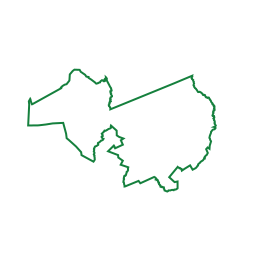 the district of Laikipia North, Rift Valley, Kenya, rotated 331°
{"feature_id": "3690345B24506089948123", "entity_name": "Laikipia North", "entity_type": "district", "adm_level": 2, "iso_a3": "KEN", "parent_name": "Kenya", "parent_adm1": "Rift Valley", "projection": "albers", "projection_center": [36.962, 0.429], "detail": "fine", "context": "isolated", "style": "outline", "palette": "green", "viewbox_px": 256, "rotation_deg": 331, "n_neighbors": 0, "source": "geoboundaries", "source_scale": "gbopen_adm2", "svg_char_len": 5809}
<svg xmlns="http://www.w3.org/2000/svg" viewBox="0 0 256 256"><g transform="rotate(331 128 128)"><path d="M210.3,155.3L210.2,155.2L210.3,155.1L210.6,154.8L211.0,154.7L211.2,154.4L211.4,154.6L211.8,154.6L212.3,154.4L212.6,153.8L212.8,153.6L212.5,153.3L212.7,152.5L213.7,151.8L213.8,151.6L214.0,151.2L213.6,151.0L213.5,150.7L213.6,150.4L214.1,150.1L214.1,149.9L213.7,149.1L213.9,148.8L213.8,148.1L213.4,148.0L213.4,147.7L213.8,147.2L213.4,145.6L213.7,144.0L213.4,143.5L213.6,142.6L213.3,142.0L213.5,140.7L213.1,140.3L212.5,140.2L212.1,140.2L211.8,139.3L211.4,139.3L211.2,139.1L211.0,138.2L211.1,137.1L211.3,136.7L211.2,136.4L210.8,136.0L210.2,135.9L209.7,135.6L209.6,135.2L209.8,134.7L209.5,133.9L209.5,133.4L209.2,132.9L209.1,132.4L208.4,131.3L208.3,131.1L207.9,131.1L206.8,130.6L206.7,130.4L206.6,127.8L206.4,127.3L206.5,126.7L205.9,125.4L206.0,125.0L205.8,124.1L206.0,123.7L206.1,123.3L206.2,123.2L206.0,122.8L206.0,122.4L206.8,121.5L207.4,121.1L207.5,120.1L207.6,119.7L207.9,119.5L207.8,119.2L207.9,118.7L207.9,118.2L208.3,117.6L208.0,117.2L208.0,116.8L207.7,116.3L208.0,115.7L207.8,115.2L208.7,114.3L209.2,114.2L209.3,114.0L209.2,113.6L209.4,113.4L190.2,111.3L121.6,103.1L122.3,102.0L122.2,101.2L122.4,100.4L122.0,99.6L122.3,98.6L123.0,98.4L123.6,97.2L124.3,97.2L124.4,96.7L124.8,96.4L124.9,96.0L125.1,95.8L125.3,95.9L125.7,96.4L125.9,96.4L126.3,94.1L126.9,94.2L127.0,93.5L127.5,92.8L128.9,92.7L129.3,92.6L129.6,92.0L129.4,90.3L129.5,89.7L130.1,89.4L129.9,88.3L130.2,87.9L130.3,87.3L130.4,87.2L131.4,87.5L131.8,87.4L132.1,86.4L132.1,85.6L132.5,85.1L132.3,83.0L132.4,81.7L132.5,76.4L132.7,75.4L133.2,75.0L133.4,74.7L133.4,73.3L133.3,73.0L133.2,73.3L132.9,73.6L132.1,73.7L131.5,73.9L130.9,75.3L130.6,75.7L129.9,75.6L129.4,75.3L129.4,74.3L129.2,74.2L128.7,74.1L128.4,73.6L126.7,73.8L125.9,74.2L125.7,74.5L123.9,74.1L123.6,74.3L121.9,73.9L121.5,73.4L121.3,72.3L119.3,67.8L117.9,65.2L117.8,64.8L118.2,64.2L116.5,62.9L116.3,60.7L113.9,55.9L113.9,53.7L109.4,51.0L107.3,51.3L103.1,52.9L99.9,57.9L99.3,58.3L95.5,59.9L93.6,59.4L91.3,59.5L89.8,59.8L89.6,60.2L88.9,60.2L88.8,60.8L55.8,60.8L55.5,60.7L55.7,59.6L55.6,59.1L55.8,58.6L56.0,57.3L56.4,56.3L56.4,56.0L56.6,55.5L56.6,55.1L54.2,56.6L53.0,59.5L41.9,77.4L51.0,82.3L57.8,85.1L64.4,87.5L73.8,92.1L71.1,103.0L69.4,107.2L70.4,109.7L73.6,119.0L75.3,126.4L74.2,129.2L81.5,140.7L83.1,139.9L83.7,139.4L84.0,138.8L84.2,138.0L84.7,137.4L84.8,136.4L85.0,136.1L85.4,135.8L85.4,135.3L85.2,134.8L85.3,134.4L86.3,133.9L86.7,133.3L86.8,132.9L86.6,132.1L86.9,131.7L87.5,131.2L88.0,130.4L87.9,130.0L88.4,129.3L89.2,129.1L89.8,128.4L90.3,128.2L91.9,128.5L92.8,128.3L93.8,128.3L93.9,128.2L94.1,127.7L94.3,126.7L94.6,126.5L95.5,126.6L96.6,126.5L98.3,126.0L98.7,126.2L100.3,126.2L100.8,125.7L101.2,125.7L101.3,125.6L100.7,125.2L100.6,123.8L100.5,123.1L100.7,122.8L102.1,122.7L102.1,122.0L102.5,121.6L102.5,120.9L102.3,120.7L102.3,120.3L102.8,120.2L103.5,119.9L104.6,119.8L105.0,119.4L105.7,119.4L105.9,119.1L106.2,118.9L106.6,119.3L107.2,119.6L108.6,119.5L108.9,119.6L110.3,119.4L112.0,119.7L112.6,119.7L113.3,119.5L113.8,119.0L113.7,118.2L114.3,117.6L116.8,124.8L114.6,129.0L115.9,131.5L118.9,135.0L115.8,135.3L115.4,140.1L106.9,139.5L106.9,139.1L106.8,138.7L106.9,138.2L107.1,138.1L107.2,137.8L107.1,136.5L99.3,138.7L106.2,146.9L105.2,149.1L107.6,154.1L103.8,156.6L109.2,162.5L108.9,162.9L108.5,163.0L108.3,163.5L108.1,163.7L107.7,164.8L107.3,165.1L106.2,165.8L105.6,165.7L105.5,165.8L104.7,166.8L104.0,167.4L103.8,167.8L103.3,168.2L102.6,168.5L102.3,168.1L101.7,168.1L101.4,168.2L100.4,169.4L100.0,169.8L100.0,170.2L99.7,170.4L99.6,171.0L99.3,171.1L98.8,171.6L98.5,172.3L98.2,172.4L97.7,173.1L97.9,173.8L97.8,174.3L97.4,175.1L97.2,176.3L96.6,177.5L97.2,177.7L111.6,179.4L112.0,182.3L127.1,183.5L127.2,183.9L127.8,184.4L128.1,185.6L128.1,186.2L127.7,186.4L127.9,186.5L127.8,186.9L128.3,186.8L128.4,187.1L128.5,187.3L128.2,187.4L128.2,187.6L128.5,188.0L128.6,188.4L128.4,188.8L128.4,189.1L128.5,189.2L128.3,189.7L128.4,190.3L128.7,190.7L128.4,191.1L128.2,191.1L128.3,191.5L128.2,191.9L127.9,192.3L128.4,193.5L128.1,193.9L128.3,194.3L128.1,194.9L128.4,195.2L128.5,195.4L128.3,195.5L128.8,196.0L129.0,195.9L129.1,196.2L129.7,196.3L129.9,196.8L130.2,197.0L130.3,197.4L130.5,197.5L130.0,198.2L129.9,198.5L130.1,198.8L130.0,199.5L129.7,200.4L130.4,201.1L130.8,201.8L131.6,202.6L132.5,202.6L132.9,202.3L133.4,202.3L134.6,203.1L135.4,203.2L136.6,203.5L137.3,204.0L137.5,204.4L137.9,204.6L138.1,204.5L138.4,204.3L138.9,204.4L139.5,204.8L140.3,205.0L140.9,204.9L141.9,204.9L142.1,204.8L142.4,204.3L145.4,198.8L142.5,197.9L140.2,191.0L152.4,186.2L152.4,186.4L152.6,186.4L153.0,186.9L153.0,187.2L153.5,187.7L153.5,188.1L154.0,188.2L154.2,188.4L154.2,189.0L154.5,189.2L154.5,189.4L155.0,189.8L154.8,190.8L154.5,191.0L154.4,191.4L157.9,191.1L164.2,190.8L164.3,195.8L167.8,195.9L169.6,195.3L170.1,194.9L171.1,194.8L171.6,193.9L171.9,193.7L174.4,193.2L174.8,192.9L175.1,192.8L177.8,192.6L179.0,192.1L179.9,191.4L180.1,191.4L180.4,191.8L180.5,191.7L180.4,190.9L180.5,190.8L180.9,190.6L181.4,190.6L181.5,190.3L182.8,189.8L183.7,189.8L185.7,188.5L186.1,184.4L187.0,184.1L188.2,183.6L188.4,183.9L189.2,185.7L190.9,183.1L194.2,179.9L194.1,178.3L194.5,177.1L194.4,176.1L195.9,174.4L198.3,172.4L198.9,171.5L199.4,171.4L201.0,170.7L202.0,170.7L203.1,171.1L203.4,171.0L203.7,170.7L204.4,170.6L204.6,170.2L204.3,169.9L204.5,169.6L204.3,169.2L203.8,168.8L204.8,168.9L205.9,168.5L205.9,167.9L206.0,167.6L205.8,166.5L205.9,166.0L206.4,165.7L206.4,165.1L206.9,164.6L207.1,164.1L207.2,163.5L207.0,163.0L207.3,162.7L207.5,162.1L207.3,161.2L208.1,160.9L208.5,160.8L208.6,160.6L208.4,160.4L208.4,160.0L208.6,159.7L208.9,159.6L209.0,159.2L208.5,159.0L208.3,158.9L208.3,158.7L207.9,158.5L207.9,158.1L208.5,157.8L208.5,157.6L208.8,157.1L210.1,156.3L210.3,155.3Z" fill="none" stroke="#15803d" stroke-width="2"/></g></svg>